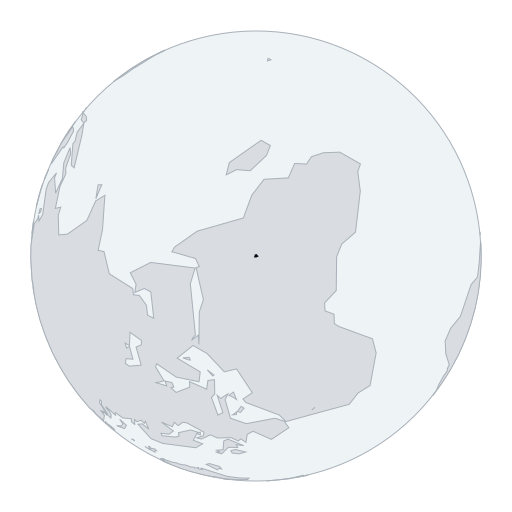 globe centered on Buliisa, rotated 211°
{"feature_id": "UGA-3082", "entity_name": "Buliisa", "entity_type": "County", "adm_level": 1, "iso_a3": "UGA", "parent_name": "Uganda", "parent_adm1": "", "projection": "orthographic", "projection_center": [31.416, 2.001], "detail": "fine", "context": "on_globe", "style": "filled", "palette": "ink", "viewbox_px": 512, "rotation_deg": 211, "n_neighbors": 0, "source": "natural_earth", "source_scale": "10m", "svg_char_len": 6653}
<svg xmlns="http://www.w3.org/2000/svg" viewBox="0 0 512 512"><g transform="rotate(211 256 256)"><circle cx="256" cy="256" r="225" fill="#eef3f6" stroke="#a8b0b8"/><path d="M131.0,68.6L121.4,75.8L117.9,78.5L112.0,82.8L112.1,82.7L131.0,68.6ZM101.9,91.7L102.5,91.1L99.3,94.1L98.5,95.0L101.9,91.7ZM32.5,227.5L32.0,232.8L33.1,240.5L33.4,250.4L32.9,256.2L34.1,258.3L34.2,262.2L42.8,269.8L50.1,280.5L51.9,294.3L49.7,309.5L56.9,342.3L55.3,352.1L61.2,365.2L70.8,383.7L69.4,382.2L60.8,368.4L53.2,354.1L46.6,339.2L41.2,323.9L36.9,308.2L33.7,292.3L31.6,276.1L30.8,259.9L31.1,243.7L32.5,227.5ZM74.6,389.5L75.9,391.4L76.4,392.0L74.6,389.5ZM430.4,113.5L431.3,114.7L426.2,108.4L430.3,114.0L434.7,119.4L434.8,119.0L440.6,127.4L447.7,137.7L454.5,149.5L462.7,169.5L462.2,175.2L463.4,179.1L460.0,174.3L460.3,181.9L470.3,205.3L471.6,212.1L469.8,224.5L469.0,219.4L460.1,206.6L461.9,222.8L468.7,236.8L471.2,253.2L467.4,247.8L464.5,233.5L461.3,228.5L459.8,214.3L452.5,193.5L448.5,197.3L446.5,189.0L435.9,172.5L428.9,177.6L419.3,199.3L421.8,220.7L416.8,230.2L401.2,199.6L394.2,179.5L388.6,181.5L372.6,165.2L344.9,164.6L341.0,159.6L335.8,162.1L324.5,157.3L318.5,149.4L311.6,150.0L327.7,171.1L335.0,170.6L341.1,162.3L344.2,170.0L355.1,176.9L343.0,196.2L302.0,214.3L298.0,198.4L267.2,157.0L268.1,152.5L268.0,152.0L267.6,151.1L264.7,158.5L259.4,150.8L275.8,178.9L278.6,191.5L301.4,215.2L299.2,217.8L306.6,222.7L330.3,216.3L330.4,221.7L319.2,247.0L286.4,282.1L290.9,305.7L288.6,325.9L268.5,339.6L270.5,355.2L260.1,360.8L259.6,369.7L251.4,379.2L237.6,388.2L213.9,388.7L212.2,380.7L200.0,365.3L183.0,327.7L188.7,310.3L186.5,296.9L169.4,267.6L173.1,251.2L168.6,244.5L159.2,246.3L154.0,238.4L148.4,238.3L113.5,245.0L103.1,234.8L91.5,203.7L98.0,191.1L99.7,176.9L145.1,129.5L154.1,131.7L189.2,125.2L193.5,126.7L188.7,136.9L214.5,149.2L223.5,140.4L247.6,147.2L263.9,146.9L271.0,127.9L244.1,127.9L240.1,118.9L262.1,111.1L285.7,112.5L284.9,109.2L270.5,101.6L276.5,95.9L265.6,98.7L269.6,102.0L262.9,104.2L258.9,101.4L261.1,99.3L254.2,97.9L245.2,109.5L248.3,114.1L229.7,116.4L233.1,124.6L227.9,128.6L220.2,116.4L221.4,111.9L206.7,100.0L203.8,104.7L217.5,116.6L212.9,115.7L209.1,123.4L208.5,116.9L194.3,103.8L177.9,107.3L156.1,126.8L146.8,128.9L139.4,125.7L148.4,106.7L168.2,104.3L171.7,98.6L168.6,91.1L174.9,91.4L176.0,88.3L183.6,87.6L195.2,80.2L203.0,79.2L208.5,70.9L213.2,69.6L208.6,74.7L209.7,78.2L229.3,77.4L233.3,75.6L235.3,70.5L240.4,71.4L239.8,66.6L251.5,64.9L236.7,63.4L238.6,58.6L246.1,55.1L244.0,53.5L231.8,59.3L229.3,62.1L231.4,64.7L222.3,73.3L215.4,75.0L214.9,65.8L205.0,67.5L208.9,60.6L239.5,47.3L251.9,45.4L270.5,51.0L267.1,53.5L258.8,52.4L265.7,57.4L265.5,55.0L269.8,56.1L272.7,52.7L275.8,53.3L273.2,49.2L277.4,49.7L279.0,52.3L286.8,48.6L295.8,49.4L296.1,48.4L293.8,47.0L306.7,49.5L306.3,48.6L301.9,47.4L298.3,45.2L296.9,42.4L301.5,43.4L302.6,44.5L311.7,48.8L314.0,52.2L315.7,52.4L314.8,49.8L303.7,44.4L301.6,42.6L307.4,44.7L305.1,43.8L305.5,43.2L310.1,43.8L303.9,41.4L301.9,36.5L310.6,37.9L316.1,39.8L319.4,39.8L321.4,40.4L337.2,45.8L352.5,52.4L367.2,60.1L381.4,68.8L394.8,78.6L407.6,89.3L419.5,101.0L430.4,113.5ZM128.9,152.7L127.5,156.8L128.9,152.7ZM310.5,124.6L324.7,125.7L318.4,114.2L323.4,113.9L319.4,110.4L317.9,113.4L308.3,104.1L314.4,101.2L312.8,96.7L307.9,96.3L298.2,103.3L311.9,116.2L308.6,120.7L310.5,124.6ZM107.3,87.8L102.1,92.8L105.0,89.7L102.3,91.9L105.0,88.9L116.3,79.7L110.7,84.2L107.3,87.8ZM175.0,74.8L177.2,76.2L173.9,79.6L163.9,82.7L168.7,77.6L175.0,74.8ZM181.2,77.7L183.5,68.8L189.7,67.1L185.8,69.4L189.7,69.2L184.5,73.0L188.4,80.9L185.6,84.6L168.8,87.1L175.8,84.0L173.1,82.5L181.2,77.7ZM178.1,55.0L179.1,52.8L191.3,51.8L189.0,54.1L178.9,56.8L175.8,55.7L178.1,55.0ZM169.4,48.0L167.6,48.8L164.0,50.4L169.4,48.0ZM207.2,36.1L207.3,36.1L207.8,35.9L213.3,34.8L214.9,34.5L217.9,34.0L224.8,33.0L224.3,33.5L227.7,32.9L233.1,32.6L233.4,33.3L228.7,33.4L232.5,34.3L225.9,35.0L226.8,35.1L221.8,36.1L217.2,37.8L214.3,38.1L213.8,38.6L210.5,39.6L208.8,40.6L203.0,41.6L200.4,43.1L199.2,42.8L196.3,45.1L195.9,43.9L191.5,45.6L194.2,45.8L167.4,52.2L156.5,56.9L147.6,61.9L148.1,60.0L156.7,54.7L168.9,48.7L179.4,44.9L177.7,45.2L182.2,43.5L181.6,44.0L185.2,42.4L188.7,41.3L199.7,38.0L202.0,37.3L207.2,36.1ZM230.2,32.2L230.3,32.2L227.1,32.7L221.4,33.4L230.2,32.2ZM198.8,122.9L202.1,123.2L207.5,122.6L205.2,127.8L198.8,122.9ZM188.8,113.9L191.9,113.2L191.3,119.4L187.8,119.4L188.8,113.9ZM194.2,107.8L192.2,112.6L191.2,110.0L194.2,107.8ZM211.6,74.0L215.0,73.2L215.1,74.4L213.0,76.3L211.6,74.0ZM243.3,38.5L241.1,37.9L242.2,37.6L241.5,35.8L246.3,35.6L248.6,36.5L243.3,38.5ZM266.1,131.1L261.1,134.7L258.7,133.0L260.9,132.0L266.1,131.1ZM231.4,130.9L239.1,133.3L230.7,132.3L231.4,130.9ZM248.4,37.9L247.6,37.1L250.5,37.5L248.4,37.9ZM249.8,35.3L253.3,35.6L246.8,35.3L249.8,35.3ZM346.7,429.1L347.4,431.7L344.2,431.9L346.7,429.1ZM327.0,322.3L311.2,357.8L300.6,358.1L298.8,347.7L304.8,326.2L317.1,320.0L323.3,310.3L327.0,322.3ZM477.9,293.7L477.9,295.1L477.7,296.1L477.9,293.7ZM478.2,289.7L478.5,290.4L477.7,292.0L478.2,289.7ZM478.7,290.3L478.5,290.7L478.7,289.8L478.7,290.3ZM477.8,289.6L473.4,288.2L471.0,285.0L472.1,281.2L476.0,282.8L477.8,289.6ZM471.9,281.1L467.4,269.7L457.3,237.9L461.1,238.6L470.8,258.0L470.3,261.2L473.0,270.1L471.9,281.1ZM480.4,262.5L479.8,272.5L477.9,270.9L476.7,269.0L476.0,256.1L476.4,249.7L477.6,250.1L479.0,229.4L480.1,235.1L480.3,243.9L481.1,252.8L480.4,262.5ZM422.8,222.7L428.0,235.6L424.9,237.7L422.8,222.7ZM477.4,215.0L478.3,223.8L476.7,211.9L477.4,215.0ZM475.1,203.7L476.2,208.4L475.0,203.7L475.1,203.7ZM465.4,185.3L464.4,186.2L463.3,183.0L464.0,180.1L465.4,185.3ZM459.7,159.8L463.7,168.8L464.9,171.9L462.5,166.2L459.7,159.8ZM288.1,38.8L283.7,41.1L283.8,43.6L288.7,45.8L279.8,44.1L279.8,40.3L288.1,38.8ZM299.7,36.5L295.3,35.2L298.4,35.6L299.8,36.0L299.7,36.5ZM296.2,35.8L288.7,34.7L286.9,34.0L293.3,34.9L296.2,35.8ZM268.5,35.0L266.9,35.6L264.6,35.1L268.5,35.0ZM441.3,384.1L440.1,385.7L441.2,383.3L445.7,376.6L456.3,356.1L456.4,356.6L462.3,343.0L468.0,332.2L460.6,350.2L451.7,367.6L441.3,384.1ZM480.9,268.7L481.0,266.4L480.2,277.8L480.1,277.4L480.8,267.4L481.2,255.6L481.2,250.9L481.3,253.9L481.2,255.2L481.2,261.6L481.2,261.0L480.9,268.7ZM475.2,203.8L474.7,202.2L469.6,184.6L470.7,187.8L473.5,197.2L473.9,198.8L475.2,203.8Z" fill="#d9dde1" stroke="#a8b0b8" stroke-width="1"/><path d="M254.7,256.6L254.8,256.4L255.1,256.1L255.3,255.8L255.4,255.6L255.5,255.4L255.8,255.2L256.1,255.1L256.3,255.0L256.5,254.9L256.5,255.2L256.5,255.4L256.5,255.7L256.6,255.9L256.7,256.1L256.8,256.2L256.9,256.3L256.6,256.5L256.6,256.8L256.5,257.0L256.3,257.1L256.0,257.1L255.8,257.0L255.8,256.8L255.7,256.7L254.7,256.6Z" fill="#0f172a" stroke="#020617" stroke-width="1.5"/></g></svg>